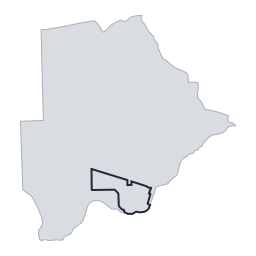 where Southern sits in Botswana
{"feature_id": "BWA-2649", "entity_name": "Southern", "entity_type": "District", "adm_level": 1, "iso_a3": "BWA", "parent_name": "Botswana", "parent_adm1": "", "projection": "orthographic", "projection_center": [24.884, -24.914], "detail": "fine", "context": "in_parent", "style": "outline", "palette": "slate", "viewbox_px": 256, "rotation_deg": 0, "n_neighbors": 0, "source": "natural_earth", "source_scale": "10m", "svg_char_len": 3457}
<svg xmlns="http://www.w3.org/2000/svg" viewBox="0 0 256 256"><path d="M141.8,15.5L141.3,16.7L141.0,18.5L141.4,19.8L142.3,21.6L143.7,23.2L144.7,24.1L145.9,26.4L147.2,29.2L148.8,31.5L153.5,36.6L154.0,38.4L154.7,40.3L157.7,43.8L158.1,44.9L157.9,47.3L160.9,54.4L162.9,58.6L164.6,59.4L170.0,63.8L174.7,67.5L180.2,69.9L184.3,71.6L186.3,72.8L187.3,73.9L188.1,76.0L188.4,79.7L188.5,82.1L192.9,82.1L196.5,82.4L197.7,82.9L198.2,83.6L198.1,85.2L198.1,87.5L198.2,89.4L197.8,91.4L197.5,93.8L197.3,96.8L197.8,97.9L201.2,101.7L202.6,104.2L204.1,107.8L205.0,109.0L205.7,109.5L208.8,110.0L216.8,111.7L221.8,113.3L225.7,114.8L227.3,115.2L228.1,115.7L228.3,116.0L227.8,119.2L227.9,120.2L228.3,121.1L229.0,121.9L229.8,122.4L232.7,122.8L234.5,124.8L235.6,125.7L230.2,126.0L227.5,127.5L225.9,130.4L223.4,132.4L220.0,133.7L216.5,134.5L212.9,134.9L208.9,137.3L204.6,141.7L202.5,144.4L202.3,145.6L201.4,146.6L199.6,147.4L198.6,148.3L198.3,149.5L197.4,150.1L195.7,150.0L194.5,150.8L193.8,152.6L192.4,153.7L190.1,154.0L188.1,155.0L186.5,156.6L185.2,157.4L184.3,157.4L182.9,158.7L180.6,161.8L180.2,163.2L177.0,175.0L175.3,176.4L172.0,178.8L169.4,181.6L168.2,183.3L167.0,184.1L161.0,185.5L158.8,186.2L156.1,187.3L155.4,188.3L154.7,192.0L152.8,197.2L151.3,201.0L150.3,204.4L148.6,208.5L147.1,209.9L145.4,211.2L143.3,211.8L140.3,212.2L137.6,212.1L135.5,212.1L132.6,213.6L129.9,213.7L125.6,212.9L122.2,212.1L120.6,211.9L117.5,209.2L115.5,209.2L112.5,209.0L110.8,208.4L109.3,207.1L105.8,204.3L102.5,202.2L99.5,200.9L96.7,200.3L94.1,200.9L92.1,201.5L91.3,201.8L89.7,203.0L88.1,205.1L86.8,208.6L86.4,210.6L84.9,215.1L83.1,220.4L82.1,221.9L81.1,223.1L79.4,224.1L73.8,228.4L71.1,233.2L69.4,234.6L67.3,235.3L65.5,235.8L64.5,236.6L63.5,239.0L62.5,239.9L61.5,240.2L58.3,240.0L57.2,239.8L48.8,240.5L46.2,239.8L44.3,239.6L41.5,240.6L40.2,240.0L39.2,238.1L38.6,234.1L38.6,230.7L40.1,228.1L41.4,226.2L42.6,223.7L42.7,222.6L42.4,221.6L42.1,219.6L41.9,217.5L39.9,213.1L37.5,207.1L34.2,200.6L33.2,198.8L31.2,195.9L23.9,190.6L22.8,189.9L22.8,189.3L22.6,184.0L22.4,176.9L22.1,169.8L21.9,162.7L21.6,155.6L21.4,148.5L21.1,141.4L20.9,134.3L20.6,127.3L20.4,121.3L25.7,121.1L32.1,120.9L39.8,120.6L43.2,120.5L43.3,119.6L43.2,115.2L43.0,105.1L42.7,95.0L42.4,85.0L42.2,74.9L41.9,64.8L41.7,54.8L41.5,44.7L41.2,34.7L41.1,29.7L47.2,29.3L54.1,28.1L65.4,26.2L75.9,23.9L82.8,22.6L90.9,21.1L93.7,20.8L94.5,21.0L95.6,21.5L99.5,26.4L101.8,30.2L102.3,31.9L102.8,32.0L103.9,31.8L105.1,31.1L109.0,27.3L109.8,26.3L112.2,24.4L115.2,22.5L117.9,21.2L120.6,20.1L121.8,20.3L123.3,21.3L124.6,21.9L130.8,17.2L133.5,16.2L140.8,15.4L141.8,15.5Z" fill="#d9dde1" stroke="#a8b0b8" stroke-width="1"/><path d="M150.1,205.0L149.1,207.4L148.6,208.9L145.8,211.1L144.1,211.9L139.5,212.4L138.6,212.2L137.5,211.9L136.7,211.7L135.8,211.9L134.8,212.4L133.5,213.4L133.0,213.6L131.7,213.9L131.0,214.0L130.4,213.8L129.7,213.7L128.1,213.9L127.3,213.7L126.1,212.9L124.4,212.3L124.1,210.1L123.5,209.7L122.5,209.6L122.1,209.5L119.5,206.9L118.8,205.9L118.4,194.2L118.3,193.6L118.0,193.2L117.7,192.8L115.1,190.1L114.8,189.8L114.4,189.7L114.1,189.7L92.5,190.0L92.2,190.0L91.9,189.9L91.8,189.7L91.7,189.4L91.5,169.0L127.4,180.1L127.4,185.1L131.5,184.9L131.4,181.4L146.1,186.1L148.7,187.6L149.1,187.7L151.0,187.8L150.6,189.6L150.3,189.8L150.0,190.2L149.8,190.4L149.8,190.7L149.7,191.4L149.0,193.5L149.8,193.7L150.1,193.7L150.3,193.8L150.3,194.1L150.3,194.5L147.7,203.5L147.8,204.0L150.1,205.0L150.1,205.0Z" fill="none" stroke="#1e293b" stroke-width="2"/></svg>